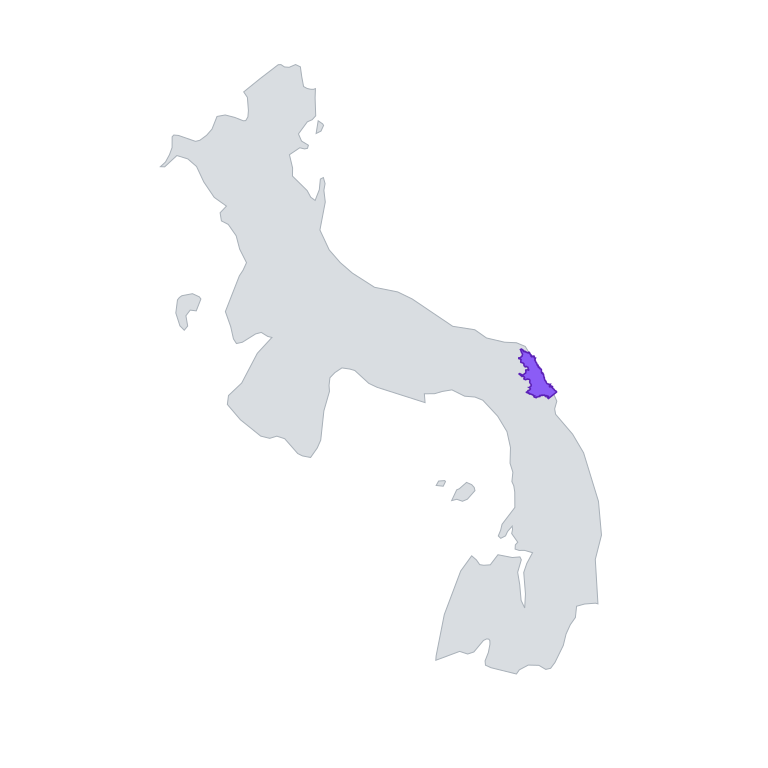 Santa Isabel, Colón, Panama shown in context, rotated 51°
{"feature_id": "35544464B42608984184173", "entity_name": "Santa Isabel", "entity_type": "district", "adm_level": 2, "iso_a3": "PAN", "parent_name": "Panama", "parent_adm1": "Colón", "projection": "albers", "projection_center": [-79.323, 9.476], "detail": "fine", "context": "in_parent", "style": "filled", "palette": "violet", "viewbox_px": 768, "rotation_deg": 51, "n_neighbors": 0, "source": "geoboundaries", "source_scale": "gbopen_adm2", "svg_char_len": 8559}
<svg xmlns="http://www.w3.org/2000/svg" viewBox="0 0 768 768"><g transform="rotate(51 384 384)"><path d="M689.5,356.1L687.4,357.6L681.2,366.6L677.9,374.2L685.9,382.2L688.3,390.7L692.9,399.9L700.0,409.2L708.0,426.4L709.8,433.4L707.6,437.9L700.1,440.7L693.2,448.8L691.3,458.7L692.7,463.6L671.8,479.4L666.4,482.1L662.8,479.7L658.3,471.8L652.9,465.4L650.0,463.2L648.3,463.1L646.7,464.6L645.9,468.1L648.8,482.8L646.5,488.9L639.4,493.5L631.3,517.6L628.1,514.6L601.1,482.2L577.6,442.1L572.7,424.0L578.8,422.9L584.6,423.3L587.7,420.5L591.4,415.2L588.4,402.9L599.6,393.5L603.9,387.2L607.0,387.9L614.4,398.6L625.2,404.7L638.4,413.6L646.6,415.6L636.2,406.2L618.4,394.0L613.3,385.9L608.6,374.7L601.6,379.6L598.4,383.7L594.8,386.0L591.7,383.2L591.1,379.6L580.6,378.9L577.9,375.6L575.1,373.8L576.4,380.8L578.5,385.1L577.4,390.4L574.0,390.8L571.0,385.3L567.3,380.5L562.3,360.0L550.3,350.4L544.8,347.2L540.3,346.0L533.7,339.4L524.9,335.9L513.0,325.7L498.4,318.4L480.5,315.9L458.8,317.4L451.4,321.5L446.5,326.6L444.2,329.0L431.3,334.9L426.4,343.5L423.4,350.7L417.0,358.8L424.3,363.8L382.3,391.4L374.0,395.4L355.1,398.2L350.8,401.2L345.0,406.6L344.2,415.0L345.1,422.1L350.5,427.6L355.4,431.0L367.0,447.6L387.8,468.5L391.7,476.1L394.9,487.3L388.6,492.6L383.8,494.8L364.0,495.6L357.1,500.1L354.3,507.0L346.9,512.6L321.4,518.1L301.3,518.6L295.1,512.1L293.7,494.0L280.4,463.1L277.3,441.8L273.9,444.4L266.7,446.9L264.3,452.2L262.4,467.8L259.7,473.2L254.2,472.6L242.9,467.0L227.9,461.7L208.9,428.3L206.9,422.0L203.2,414.5L188.4,411.3L175.8,405.6L162.0,404.6L154.9,407.7L147.8,403.6L146.6,394.5L132.1,398.5L113.6,396.9L97.0,392.8L85.6,394.8L76.1,401.2L77.2,417.8L74.4,421.0L74.0,414.2L70.8,406.4L66.9,399.9L58.6,393.1L58.2,390.7L61.5,387.3L76.8,377.8L78.7,373.8L79.1,365.4L77.7,357.3L71.0,345.4L75.0,338.1L82.8,332.3L90.9,327.7L92.3,325.7L90.8,321.7L86.2,317.3L75.3,309.8L68.7,309.2L68.7,287.9L69.3,265.3L70.9,263.1L75.0,261.8L78.2,258.4L80.1,251.7L84.9,249.4L93.5,254.6L102.2,259.3L105.9,257.8L108.7,255.6L110.6,253.4L111.3,251.4L118.3,257.5L132.6,268.3L133.4,273.5L132.0,278.6L135.8,293.1L143.3,295.2L150.9,292.5L152.7,295.2L151.3,297.8L147.4,300.8L146.3,313.2L158.6,319.1L164.8,324.3L185.3,322.0L192.8,323.4L198.0,322.0L192.3,312.0L184.7,304.5L185.4,301.2L191.2,303.7L195.6,308.8L205.6,315.1L224.0,336.9L245.3,342.2L262.2,341.6L277.9,338.8L302.9,330.5L321.1,315.4L335.6,308.6L382.4,294.3L399.0,279.3L406.0,277.3L412.7,275.4L427.4,264.0L435.3,255.1L443.7,250.6L468.4,253.9L484.4,258.1L495.4,257.5L506.1,260.5L510.7,267.0L515.5,269.7L541.7,269.0L563.1,272.2L610.2,291.2L638.3,310.1L653.3,330.2L689.5,356.1ZM216.5,505.4L210.4,506.0L197.8,501.1L188.7,491.6L188.0,488.6L188.2,485.5L193.3,476.0L200.0,472.7L202.7,472.8L209.0,483.9L204.6,488.1L206.3,495.0L215.4,500.1L216.5,505.4ZM519.4,400.0L517.2,404.8L512.0,394.1L512.8,391.4L512.4,381.8L517.4,379.2L521.1,379.0L524.1,380.4L526.0,391.7L524.5,396.8L519.4,400.0ZM147.8,273.8L146.6,279.1L138.0,269.5L143.2,268.0L145.0,268.2L147.8,273.8ZM500.7,402.3L495.7,407.3L493.8,402.6L497.3,397.6L498.5,397.6L500.7,402.3Z" fill="#d9dde1" stroke="#a8b0b8" stroke-width="1"/><path d="M498.8,265.4L498.9,255.1L498.6,255.0L498.6,254.9L498.2,254.8L498.2,254.7L497.9,254.7L497.4,255.0L497.0,255.1L495.9,255.4L495.7,255.3L494.8,255.2L494.4,255.4L493.7,255.6L493.2,255.5L493.1,255.4L492.9,255.4L492.4,254.8L492.1,254.7L491.9,254.9L491.7,254.8L491.2,255.1L491.3,255.4L491.1,255.3L490.8,255.4L490.7,255.6L491.0,255.9L491.2,256.0L490.8,256.5L490.6,256.6L490.4,257.1L490.1,257.0L490.1,256.8L489.8,256.6L490.0,256.4L490.6,256.3L490.6,256.1L490.5,255.9L490.3,255.6L490.0,255.7L489.8,255.4L489.5,255.6L489.4,255.4L489.2,255.2L488.6,255.4L488.6,255.5L488.4,255.9L488.0,256.1L487.9,256.0L487.6,256.2L487.5,256.3L487.3,256.3L486.6,257.0L485.9,257.1L484.5,256.8L484.1,256.4L484.2,256.0L483.7,256.6L483.1,256.6L482.6,256.5L482.3,256.6L481.6,256.3L481.5,256.2L481.0,256.1L480.4,255.8L480.3,255.6L480.1,255.6L479.9,255.4L479.6,255.5L479.5,255.3L479.1,255.1L478.6,255.0L478.3,254.9L478.0,254.6L476.8,253.9L476.6,253.9L476.6,254.1L476.3,254.3L475.7,254.0L475.5,253.7L475.4,253.7L475.5,254.2L475.1,254.5L474.2,254.1L474.1,254.3L471.7,252.5L471.0,252.6L470.5,253.1L470.1,252.9L470.0,253.0L469.8,252.8L469.5,252.7L469.4,252.8L469.5,253.1L468.9,253.1L468.6,253.3L468.5,253.1L468.4,253.3L468.0,253.4L467.6,253.3L467.4,253.1L467.2,253.1L467.1,252.9L466.5,253.0L466.5,252.5L466.4,252.4L466.1,252.5L466.0,252.9L465.7,253.0L465.1,252.8L464.4,252.4L464.0,252.3L463.9,252.2L463.6,252.2L463.2,252.4L462.7,252.2L462.6,252.3L462.2,252.1L461.8,252.1L461.6,251.8L461.3,251.8L460.8,251.7L460.6,251.8L460.3,251.8L460.0,251.1L459.6,251.1L459.3,250.8L459.5,250.4L459.2,249.9L459.0,250.1L459.0,250.4L458.9,250.5L458.5,250.4L458.2,250.6L458.0,250.4L457.9,250.4L457.7,250.6L457.4,250.6L457.1,250.4L457.0,249.8L456.7,249.8L456.5,250.0L456.6,250.3L456.5,250.5L456.1,250.7L456.1,251.0L455.7,251.2L456.0,251.2L456.1,251.5L456.0,252.0L455.7,252.2L455.1,252.3L454.8,252.2L454.6,251.9L454.8,251.6L454.7,251.4L454.4,251.4L454.0,251.4L453.9,251.6L453.2,251.8L452.9,251.6L452.6,251.5L452.0,251.6L451.9,251.5L451.7,251.7L451.5,251.8L451.3,251.4L450.9,251.4L450.5,251.8L450.3,251.9L450.1,252.4L450.2,252.7L449.9,252.9L449.6,253.1L449.0,253.1L448.9,253.4L448.6,253.5L448.3,253.8L448.1,253.8L447.7,253.6L447.4,253.8L447.1,254.0L446.9,254.5L447.1,254.7L447.1,254.8L446.8,254.8L446.7,255.0L446.4,255.1L446.2,254.8L445.8,254.9L445.6,254.5L444.9,254.7L444.9,254.9L444.6,255.0L443.5,255.0L443.5,255.3L443.0,256.1L443.1,256.4L443.6,256.3L444.0,256.5L444.5,256.8L445.2,256.9L446.2,257.4L446.7,257.3L447.0,257.3L447.6,257.5L448.0,257.5L448.4,258.0L448.6,258.4L449.1,258.9L449.2,259.2L449.3,259.4L449.1,259.7L449.2,259.9L449.2,260.6L449.4,260.9L449.2,261.3L449.2,261.8L449.0,262.2L448.5,262.7L449.0,263.2L449.3,263.0L449.5,263.1L450.1,262.4L451.2,262.1L451.3,262.6L452.1,262.9L452.7,263.7L453.1,264.0L453.6,263.9L454.2,263.3L454.7,263.2L455.1,262.8L455.7,262.6L456.1,262.7L456.7,262.6L457.0,263.1L458.0,263.7L458.6,263.4L459.4,263.6L459.7,263.4L459.7,262.6L459.9,262.3L460.6,262.2L461.6,261.6L462.7,262.3L463.4,262.4L464.2,262.7L464.2,263.0L463.6,263.2L463.3,263.4L462.8,264.4L462.4,264.7L462.3,265.0L462.5,265.3L463.6,265.8L463.9,266.3L464.6,266.9L464.7,267.2L464.4,268.0L464.5,268.8L464.4,269.1L464.7,269.6L464.7,269.9L464.5,270.4L464.0,270.7L463.7,270.9L463.2,271.0L462.5,271.6L461.3,271.9L461.1,272.4L461.1,272.6L461.3,272.8L461.9,272.7L463.0,272.3L463.6,272.4L464.1,272.0L465.0,272.1L465.2,271.6L465.4,271.3L466.7,270.5L466.9,270.5L467.1,270.7L467.5,270.7L467.8,271.2L467.7,271.7L467.8,271.9L468.3,272.1L468.6,272.1L469.1,271.6L469.8,271.3L470.0,270.6L470.2,270.2L470.2,269.7L470.4,269.3L470.6,269.2L471.1,269.1L471.4,268.4L472.2,268.1L472.6,268.2L473.3,268.5L473.6,268.7L473.9,269.4L474.6,269.8L476.0,270.0L476.9,269.9L477.5,270.2L477.8,270.5L477.9,270.9L478.2,271.2L477.9,271.9L478.4,272.9L478.0,273.5L479.5,273.1L479.9,273.2L480.1,273.4L480.1,274.0L480.3,274.7L480.0,275.5L479.7,276.0L479.7,276.3L479.9,276.6L480.4,276.9L480.4,277.1L480.1,277.7L480.1,278.1L479.9,278.5L479.6,278.9L481.1,278.1L481.4,277.9L481.4,277.6L481.8,277.4L481.8,277.2L482.0,277.1L482.3,277.3L482.6,277.0L483.0,277.1L483.0,277.3L483.6,277.1L483.7,276.9L483.8,276.8L484.1,276.4L484.1,276.2L484.3,276.2L485.1,275.9L485.3,275.7L485.6,275.4L485.9,275.5L485.8,275.4L485.9,275.2L486.4,275.3L486.7,275.0L487.2,275.0L487.2,274.9L487.4,274.8L487.2,275.2L487.7,275.2L487.8,275.0L488.2,275.1L488.4,275.2L488.2,275.3L488.3,275.4L488.5,275.3L488.5,275.2L488.8,275.4L489.0,275.2L489.5,275.0L489.6,274.9L489.6,274.7L490.3,274.5L490.1,274.1L490.4,273.7L490.3,273.2L490.6,273.0L490.9,272.3L491.0,272.0L491.1,271.9L491.1,271.5L491.3,271.4L491.2,271.2L491.3,271.0L491.8,270.7L491.7,270.5L491.3,270.5L491.1,270.2L491.5,270.0L491.6,269.9L491.6,269.4L491.7,269.1L491.6,268.8L491.8,268.7L492.2,268.6L492.3,268.2L492.6,268.1L492.6,267.7L492.8,267.5L492.7,267.3L493.1,267.1L493.3,266.8L493.5,266.5L493.6,266.4L493.7,266.2L494.1,266.4L494.5,266.4L494.6,266.1L494.8,266.1L494.6,265.9L494.9,265.7L495.1,265.6L495.5,265.3L495.5,265.1L495.9,265.2L495.8,264.9L496.0,264.7L496.2,264.9L496.7,264.8L497.0,264.5L497.3,264.6L497.2,264.2L497.6,264.3L497.5,264.6L497.9,264.3L497.8,264.6L497.9,264.8L497.7,264.9L497.6,265.0L497.8,265.2L497.8,265.4L498.1,265.4L498.4,265.5L498.8,265.4ZM450.8,251.2L450.5,251.3L450.4,251.6L450.5,251.8L450.9,251.4L450.8,251.2ZM451.6,251.3L451.3,251.4L451.5,251.8L451.7,251.7L451.9,251.5L451.9,251.4L451.7,251.4L451.6,251.3ZM488.5,255.7L488.5,255.4L488.2,255.8L488.3,255.9L488.5,255.7Z" fill="#8b5cf6" stroke="#5b21b6" stroke-width="1.5"/></g></svg>